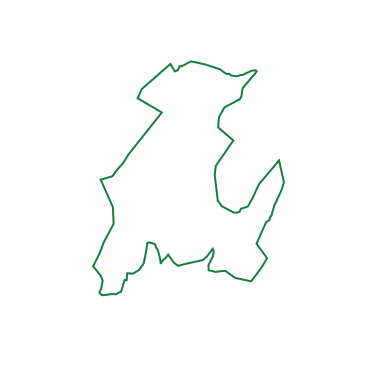 Shagari, Sokoto, Nigeria (Equal Earth projection), rotated 215°
{"feature_id": "59680162B23595872951211", "entity_name": "Shagari", "entity_type": "district", "adm_level": 2, "iso_a3": "NGA", "parent_name": "Nigeria", "parent_adm1": "Sokoto", "projection": "equal_earth", "projection_center": [5.089, 12.543], "detail": "fine", "context": "isolated", "style": "outline", "palette": "green", "viewbox_px": 384, "rotation_deg": 215, "n_neighbors": 0, "source": "geoboundaries", "source_scale": "gbopen_adm2", "svg_char_len": 1720}
<svg xmlns="http://www.w3.org/2000/svg" viewBox="0 0 384 384"><g transform="rotate(215 192 192)"><path d="M268.0,298.2L272.4,289.3L274.2,288.0L273.4,283.8L275.3,280.9L283.1,284.5L292.2,247.5L290.3,237.6L262.3,239.8L265.6,186.4L265.0,176.6L266.1,167.0L266.2,163.9L266.3,159.1L273.9,149.8L248.0,134.1L237.9,120.9L235.8,103.4L235.3,99.8L232.3,87.8L230.4,74.4L226.2,73.3L218.7,71.0L214.4,68.3L213.5,66.2L210.9,60.7L210.3,56.6L206.7,55.9L205.4,56.7L204.5,57.4L202.2,59.5L199.8,61.8L197.7,63.5L196.5,63.9L195.4,65.0L194.8,66.4L194.6,67.1L194.0,68.1L192.9,69.7L196.8,81.2L194.9,82.1L198.4,88.3L193.6,91.2L190.7,97.8L190.5,104.1L190.9,106.4L194.4,114.6L199.4,124.7L197.9,126.3L192.5,128.0L189.8,126.1L186.5,124.7L181.9,120.8L178.5,117.7L176.4,115.1L176.8,117.3L176.5,120.2L175.8,123.5L175.6,127.0L165.9,123.6L161.0,123.6L158.0,127.2L144.0,142.6L142.8,147.6L142.6,153.5L142.4,157.4L140.4,156.0L138.2,152.1L136.5,141.5L133.5,137.4L126.8,140.1L122.7,143.9L119.4,146.5L107.4,146.4L92.4,152.7L91.9,162.1L91.8,171.1L92.5,180.8L109.5,186.7L114.0,209.6L112.5,213.7L113.7,216.1L113.3,218.1L116.8,228.0L119.8,245.2L122.2,252.6L138.8,267.8L141.6,236.8L138.7,220.5L137.9,212.3L141.3,207.6L142.4,206.3L141.7,203.0L143.1,201.1L146.0,199.1L159.2,197.5L165.7,199.5L183.3,219.1L187.5,227.1L187.7,257.9L207.4,259.9L210.7,264.9L213.0,269.6L213.9,279.9L206.0,295.9L206.5,298.9L210.1,306.2L208.6,322.1L208.2,323.2L208.2,325.2L208.2,328.0L209.7,328.1L211.9,326.4L212.7,325.4L213.6,324.1L216.2,319.6L216.5,319.1L217.5,317.1L219.4,315.5L220.0,314.6L220.6,313.7L222.4,312.0L226.9,309.8L229.1,310.3L230.3,309.1L230.9,308.6L233.6,308.4L237.9,308.4L239.5,308.6L254.4,304.0L263.2,300.4L268.0,298.2Z" fill="none" stroke="#15803d" stroke-width="2"/></g></svg>